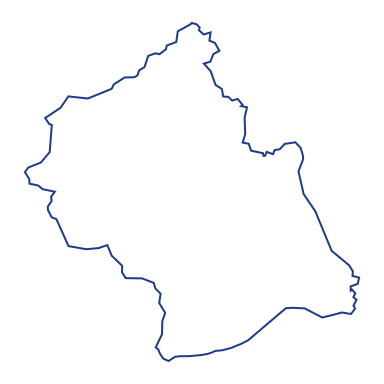 Bitola, Bitola, North Macedonia
{"feature_id": "65306769B29228652763838", "entity_name": "Bitola", "entity_type": "district", "adm_level": 2, "iso_a3": "MKD", "parent_name": "North Macedonia", "parent_adm1": "Bitola", "projection": "robinson", "projection_center": [21.305, 41.044], "detail": "fine", "context": "isolated", "style": "outline", "palette": "blue", "viewbox_px": 384, "rotation_deg": 0, "n_neighbors": 0, "source": "geoboundaries", "source_scale": "gbopen_adm2", "svg_char_len": 1808}
<svg xmlns="http://www.w3.org/2000/svg" viewBox="0 0 384 384"><path d="M295.4,142.3L284.7,143.9L279.8,149.2L274.6,150.1L273.0,154.2L266.7,151.9L265.1,155.8L263.4,155.8L263.0,153.2L251.1,150.7L248.7,143.7L242.7,142.6L245.2,134.1L244.6,117.7L247.0,107.3L241.2,106.1L242.6,105.0L237.7,98.9L232.2,100.6L228.3,96.9L223.2,96.5L221.9,89.0L215.6,85.0L210.7,71.2L203.9,63.6L210.3,61.7L213.4,54.1L219.4,50.8L214.9,42.9L209.4,40.6L210.6,32.4L203.7,34.5L198.9,30.2L199.7,27.7L196.7,24.3L191.7,23.0L190.5,24.3L177.8,31.3L176.3,42.0L166.7,45.6L166.0,49.2L159.5,54.2L155.4,53.3L148.2,55.9L144.5,67.1L139.2,70.3L137.4,75.4L134.5,77.2L124.6,77.5L113.9,84.3L111.7,88.8L87.8,98.5L68.4,96.4L60.5,107.8L45.2,118.0L49.1,123.9L51.8,124.9L49.7,152.1L40.9,162.5L28.3,167.5L24.9,172.1L29.3,179.2L29.5,183.7L38.2,185.5L42.6,189.2L54.8,191.7L51.1,196.7L51.6,201.0L47.8,206.6L48.0,210.1L51.7,217.3L56.4,219.1L68.5,246.1L86.1,249.2L98.6,248.1L107.3,245.1L111.7,255.7L122.2,265.8L122.0,272.3L125.7,278.1L142.2,278.4L153.7,282.9L155.4,288.4L160.6,293.8L159.2,303.0L165.2,312.9L162.3,321.1L162.0,334.3L155.7,347.4L158.3,349.5L159.7,353.1L161.4,355.9L163.4,358.7L168.4,361.0L170.0,360.1L175.1,356.8L180.4,356.2L188.9,356.2L194.3,355.7L200.7,355.1L207.2,354.0L210.8,352.9L215.7,350.8L217.9,350.7L220.0,350.5L222.8,350.2L224.5,349.7L231.9,347.7L233.7,346.8L241.3,343.8L248.1,340.3L265.0,325.9L266.5,324.6L276.9,315.8L285.9,308.2L292.7,307.8L296.3,308.0L303.5,308.3L304.5,308.3L321.9,317.3L322.3,317.5L333.7,314.7L341.8,312.5L351.0,314.0L355.1,308.6L353.5,305.7L356.5,299.7L353.4,297.1L355.3,293.3L352.0,289.6L350.8,290.6L350.6,286.4L357.7,283.9L359.1,277.6L352.5,275.9L352.9,271.5L349.3,265.5L331.7,250.9L315.3,211.3L303.6,194.0L298.5,171.4L303.2,159.0L302.7,154.6L300.6,147.9L295.4,142.3Z" fill="none" stroke="#1e3a8a" stroke-width="2"/></svg>